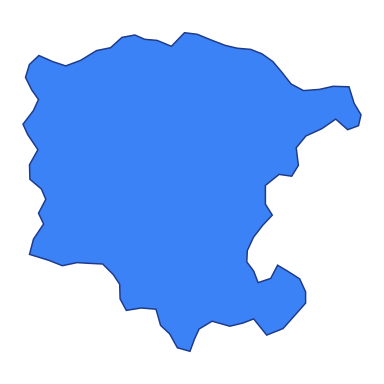 São José do Mantimento, Minas Gerais, Brazil (Albers equal-area conic projection)
{"feature_id": "56859067B49597829255127", "entity_name": "São José do Mantimento", "entity_type": "district", "adm_level": 2, "iso_a3": "BRA", "parent_name": "Brazil", "parent_adm1": "Minas Gerais", "projection": "albers", "projection_center": [-41.765, -20.025], "detail": "fine", "context": "isolated", "style": "filled", "palette": "blue", "viewbox_px": 384, "rotation_deg": 0, "n_neighbors": 0, "source": "geoboundaries", "source_scale": "gbopen_adm2", "svg_char_len": 1181}
<svg xmlns="http://www.w3.org/2000/svg" viewBox="0 0 384 384"><path d="M349.0,86.8L333.1,86.3L319.4,89.4L303.5,90.6L291.1,84.0L281.4,71.7L272.9,61.6L262.1,53.9L250.8,49.4L237.1,48.2L225.2,45.4L210.4,39.7L197.3,34.3L184.5,32.7L171.4,46.3L157.1,40.4L144.7,39.3L134.9,35.0L121.9,37.4L110.6,47.7L96.5,50.6L80.5,60.4L65.7,65.9L52.7,61.6L38.9,55.5L29.4,64.5L25.5,77.4L31.7,89.9L38.5,99.5L33.4,110.6L23.0,124.2L27.7,134.6L37.9,149.7L29.5,164.7L29.9,179.3L41.4,189.0L45.8,199.3L38.5,213.2L43.6,224.0L33.5,239.1L29.5,254.4L48.7,260.3L62.4,265.7L77.0,262.6L88.5,263.3L102.7,264.0L113.3,274.6L119.7,284.3L120.1,298.9L126.3,310.4L141.1,308.0L156.0,309.2L160.6,325.4L169.7,333.9L177.4,347.8L190.0,351.3L194.4,339.3L199.1,329.0L212.1,321.2L229.8,326.2L242.8,323.1L253.7,318.9L266.7,335.1L283.1,328.5L295.0,315.1L305.6,303.1L305.6,291.8L299.7,278.9L287.5,271.1L277.6,265.2L270.7,278.4L258.1,282.6L253.7,271.1L246.8,261.9L247.3,250.6L253.5,237.2L262.8,225.2L272.3,215.1L265.4,204.2L265.4,185.4L279.1,174.4L291.7,176.2L298.4,165.4L296.2,147.8L305.9,136.0L321.8,128.7L335.7,119.1L347.7,129.7L358.5,125.7L361.0,114.8L354.1,103.3L349.0,86.8Z" fill="#3b82f6" stroke="#1e3a8a" stroke-width="1.5"/></svg>